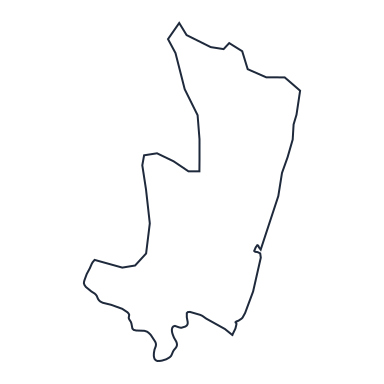 the Autonomous Province of Atsimo-Atsinanana
{"feature_id": "MDG-5867", "entity_name": "Atsimo-Atsinanana", "entity_type": "Autonomous Province", "adm_level": 1, "iso_a3": "MDG", "parent_name": "Madagascar", "parent_adm1": "", "projection": "albers", "projection_center": [47.076, -23.231], "detail": "fine", "context": "isolated", "style": "outline", "palette": "slate", "viewbox_px": 384, "rotation_deg": 0, "n_neighbors": 0, "source": "natural_earth", "source_scale": "10m", "svg_char_len": 1861}
<svg xmlns="http://www.w3.org/2000/svg" viewBox="0 0 384 384"><path d="M300.1,90.7L296.5,114.7L293.6,124.4L292.7,139.5L287.6,157.2L282.0,172.9L278.3,196.1L260.7,249.6L259.0,247.4L258.2,245.6L257.3,245.2L255.7,247.4L254.2,250.9L255.2,251.8L257.6,252.1L260.2,253.4L260.8,257.6L253.1,291.5L245.1,313.0L242.5,317.7L241.5,318.7L239.2,320.2L238.4,320.8L238.1,320.8L236.6,321.4L236.4,321.4L235.5,322.2L235.7,322.7L236.4,323.2L236.4,324.1L236.4,324.5L235.4,328.6L232.8,333.9L232.4,335.0L232.2,334.9L224.9,329.0L206.2,318.6L202.4,315.9L200.3,314.9L189.9,311.9L187.8,312.1L186.8,313.1L186.8,317.2L187.7,322.1L187.7,323.4L187.4,324.6L186.6,325.7L185.2,326.6L181.2,327.8L179.2,327.4L174.9,325.9L173.4,326.4L172.4,327.5L171.9,329.2L171.9,331.0L172.2,332.7L172.7,334.4L173.9,337.5L176.3,341.7L176.8,343.2L177.0,344.9L176.6,346.5L175.8,347.8L173.8,350.2L173.0,351.6L171.7,354.7L171.0,356.0L169.9,357.1L168.7,357.9L166.2,359.3L162.0,360.6L160.0,360.9L157.3,361.0L155.7,360.2L154.6,359.0L154.1,357.5L153.8,355.8L153.9,353.0L154.5,349.6L155.7,346.4L156.0,344.8L155.8,343.2L155.2,341.7L150.9,335.1L149.9,334.0L148.6,332.8L147.1,331.7L144.4,330.8L136.2,330.5L133.7,329.9L132.4,328.6L131.4,323.4L130.8,321.8L129.2,319.3L128.7,317.9L129.2,314.9L129.0,314.3L128.4,313.3L127.5,312.3L122.2,308.8L111.1,304.8L102.9,302.8L101.4,302.1L100.0,301.3L98.9,300.2L98.0,298.9L96.7,295.8L95.7,294.5L94.6,293.5L91.4,291.5L85.9,287.0L84.5,285.0L83.9,283.3L84.0,282.0L84.4,280.4L86.7,274.1L89.8,268.3L91.8,263.7L92.6,262.3L94.6,259.9L122.3,267.6L135.1,265.5L146.1,253.5L149.8,223.4L146.0,189.4L142.3,165.3L144.1,155.3L157.0,153.3L173.6,161.3L188.4,171.3L199.4,171.3L199.5,159.3L199.5,139.3L197.6,115.2L184.7,89.2L175.5,53.1L168.0,39.1L179.2,23.0L186.6,35.1L210.7,47.1L223.6,49.1L229.2,43.1L242.2,51.2L247.7,69.2L266.2,77.3L284.7,77.4L300.1,90.7Z" fill="none" stroke="#1e293b" stroke-width="2"/></svg>